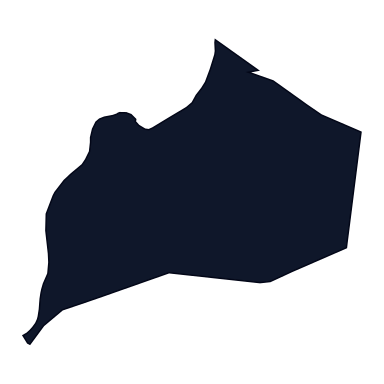 outline of Jefferson, Kentucky, United States of America
{"feature_id": "52423323B58327264964299", "entity_name": "Jefferson", "entity_type": "district", "adm_level": 2, "iso_a3": "USA", "parent_name": "United States of America", "parent_adm1": "Kentucky", "projection": "orthographic", "projection_center": [-85.758, 38.189], "detail": "fine", "context": "isolated", "style": "filled", "palette": "ink", "viewbox_px": 384, "rotation_deg": 0, "n_neighbors": 0, "source": "geoboundaries", "source_scale": "gbopen_adm2", "svg_char_len": 1195}
<svg xmlns="http://www.w3.org/2000/svg" viewBox="0 0 384 384"><path d="M119.6,112.7L118.1,113.3L116.8,114.2L112.8,115.6L104.3,117.2L99.5,119.1L96.0,122.1L92.6,129.0L90.6,137.5L90.6,142.4L89.6,151.5L85.9,159.0L85.8,159.3L82.2,164.7L71.5,173.6L69.4,175.5L68.6,176.3L67.8,177.1L64.2,180.4L55.1,192.2L53.3,195.6L52.1,198.7L46.3,213.9L45.9,230.7L48.5,253.7L48.5,253.8L48.9,262.3L47.9,273.6L43.5,283.7L41.9,289.2L41.1,292.9L40.2,298.9L39.4,309.4L38.3,316.5L37.6,319.2L36.7,321.3L35.7,323.4L32.7,327.5L29.9,330.6L26.9,333.3L23.0,335.5L27.6,343.0L29.9,344.2L43.6,325.6L62.4,309.8L87.8,301.2L103.7,295.7L120.4,289.8L169.0,272.7L177.3,273.6L228.8,279.2L260.0,282.6L270.2,281.5L283.6,275.3L292.0,271.4L346.4,247.7L347.1,241.7L349.3,224.5L361.0,132.1L356.9,130.3L321.4,115.0L316.4,111.6L306.2,104.6L302.6,102.0L284.7,89.2L273.2,81.0L248.3,72.2L258.1,70.3L215.3,39.8L215.0,42.5L215.4,51.0L214.9,54.7L210.3,69.5L205.6,82.1L201.8,88.2L196.3,95.3L192.3,102.6L191.9,103.0L187.0,107.2L185.5,108.2L168.6,118.3L155.9,126.0L152.6,128.0L148.8,129.7L145.0,129.2L138.7,125.4L135.2,121.4L135.7,119.8L135.6,119.2L131.0,114.6L126.2,112.8L119.6,112.7L119.6,112.7Z" fill="#0f172a" stroke="#020617" stroke-width="1.5"/></svg>